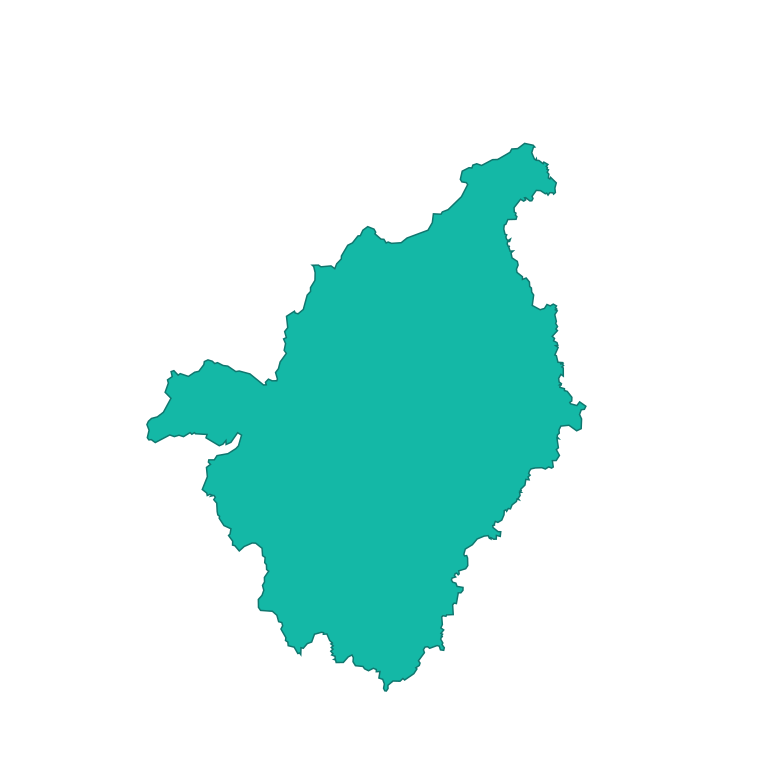 outline of Santa Catarina, Santa Catarina, Cabo Verde, rotated 206°
{"feature_id": "66160863B9089914822408", "entity_name": "Santa Catarina", "entity_type": "district", "adm_level": 2, "iso_a3": "CPV", "parent_name": "Cabo Verde", "parent_adm1": "Santa Catarina", "projection": "mercator", "projection_center": [-23.734, 15.091], "detail": "fine", "context": "isolated", "style": "filled", "palette": "teal", "viewbox_px": 768, "rotation_deg": 206, "n_neighbors": 0, "source": "geoboundaries", "source_scale": "gbopen_adm2", "svg_char_len": 6159}
<svg xmlns="http://www.w3.org/2000/svg" viewBox="0 0 768 768"><g transform="rotate(206 384 384)"><path d="M402.5,135.3L398.9,128.2L395.7,126.4L384.7,130.8L378.9,129.2L374.5,124.2L371.3,124.8L369.1,122.3L369.2,118.6L361.0,113.0L360.1,110.3L357.3,109.9L355.4,106.8L349.4,108.1L343.3,104.0L341.9,105.2L340.2,104.3L343.0,110.6L340.7,111.1L339.1,117.1L335.9,120.4L336.8,128.6L331.4,133.4L329.3,134.0L328.8,132.5L325.7,134.3L320.4,129.7L316.9,128.6L317.8,127.1L314.9,126.4L315.9,124.0L313.6,123.4L314.7,120.5L311.7,119.3L312.2,117.5L308.6,117.8L307.4,115.6L308.3,114.5L306.5,114.7L304.9,112.7L298.5,115.9L296.5,123.1L294.0,126.4L291.6,124.6L290.1,120.8L286.2,118.3L279.1,120.9L276.6,119.5L272.2,119.5L269.0,123.8L265.7,124.0L264.8,122.0L261.6,123.8L259.7,117.5L255.7,118.0L252.2,114.6L251.0,110.3L248.8,108.6L247.3,109.1L246.9,112.1L248.4,114.9L245.7,121.0L239.3,123.9L237.9,127.6L235.7,127.0L230.2,136.7L229.5,142.3L231.0,142.9L228.9,146.5L229.3,149.0L231.7,150.3L229.9,160.2L232.1,162.5L231.8,165.5L229.7,167.0L227.1,166.5L221.6,172.2L219.4,172.6L216.7,169.8L213.6,170.8L214.2,173.4L217.6,175.2L217.6,177.0L221.2,179.5L221.5,182.1L220.3,182.6L222.0,182.7L221.7,184.8L223.5,184.8L222.5,189.1L226.0,189.7L226.1,193.4L230.0,199.9L229.4,201.6L226.5,202.4L226.5,203.9L220.7,207.1L225.5,215.6L224.9,217.8L222.7,218.4L225.7,228.9L223.4,230.0L222.6,233.2L223.8,235.8L229.6,234.1L232.1,236.5L235.4,236.0L237.5,237.4L237.7,239.5L235.0,242.0L236.7,242.7L236.9,244.8L235.8,245.9L233.7,245.0L233.2,246.3L234.9,248.8L229.6,253.8L229.1,257.5L232.6,264.2L234.5,266.0L236.2,264.8L237.6,265.9L238.6,271.3L234.1,278.3L232.3,285.6L227.3,291.2L223.9,293.4L221.7,291.6L220.3,291.6L221.4,292.5L220.5,292.8L217.4,292.6L215.1,293.8L216.6,297.2L212.7,298.0L214.3,302.4L216.8,301.3L223.1,302.8L224.2,304.4L222.4,306.0L223.4,305.7L223.7,309.3L221.0,309.5L218.5,313.3L218.8,319.0L220.4,322.9L219.3,324.3L218.0,323.4L217.7,326.6L215.6,327.2L215.9,331.5L213.5,336.5L214.0,339.0L211.9,339.2L213.3,340.0L212.8,343.4L214.6,345.9L213.1,346.9L214.9,347.3L214.0,348.4L215.0,349.3L213.0,354.9L214.7,360.4L211.6,361.5L213.8,363.7L212.7,366.1L214.8,367.0L215.1,369.9L214.6,372.2L211.2,374.9L205.4,378.0L201.7,378.3L199.6,381.7L196.5,381.9L195.5,383.6L199.1,388.9L195.7,390.7L195.0,396.7L200.4,400.6L199.3,403.1L204.8,411.1L203.0,411.5L205.1,412.3L205.8,414.3L204.9,416.6L206.6,419.5L206.6,423.7L199.7,428.0L190.3,426.4L187.2,430.3L191.1,439.2L194.9,442.3L195.4,447.3L192.8,449.1L192.8,452.5L200.3,453.7L201.2,449.2L207.7,448.0L209.0,448.9L207.8,451.0L209.3,454.4L216.1,457.7L218.9,457.2L219.8,458.9L224.5,458.1L225.2,460.5L223.6,461.2L225.8,460.3L224.9,462.1L227.5,462.6L229.5,465.6L229.2,470.2L226.3,469.7L229.9,477.0L231.6,477.3L230.7,479.3L232.7,480.3L234.6,479.2L232.2,481.3L232.7,481.6L237.2,479.8L241.5,485.0L243.2,485.0L243.5,493.1L246.5,493.7L244.6,494.8L246.6,497.0L250.6,497.2L250.7,499.7L253.7,500.6L251.5,508.0L253.6,508.8L253.2,511.7L256.3,513.7L256.5,515.8L260.9,521.2L260.4,525.7L262.4,525.8L261.6,527.1L263.4,527.6L263.2,529.8L266.9,530.0L268.8,527.1L272.4,526.9L272.9,522.3L276.2,519.2L285.2,519.6L288.5,529.6L291.5,531.3L293.6,534.9L295.8,535.5L298.0,539.4L302.7,541.6L305.4,538.7L306.6,541.1L313.4,542.6L315.3,545.3L315.6,549.7L317.9,552.6L324.2,553.5L327.3,557.5L326.2,560.2L328.9,558.7L332.1,562.0L331.2,563.0L332.7,562.2L334.7,563.9L335.3,566.1L333.6,567.2L333.9,569.7L335.4,567.3L337.2,567.8L339.0,569.6L339.1,571.9L340.9,571.7L344.3,575.8L345.6,579.6L344.5,581.0L344.8,586.1L337.5,589.9L338.0,592.8L339.8,593.2L340.3,595.4L342.3,595.7L344.4,599.5L342.2,609.9L338.6,609.6L337.4,611.6L339.3,613.0L338.4,613.6L333.1,612.5L331.5,613.5L331.4,616.0L333.2,617.6L332.0,624.8L328.1,626.4L322.4,625.7L321.4,626.9L319.4,625.7L318.9,628.6L316.0,629.9L314.8,629.0L313.9,631.2L316.3,635.0L317.3,640.3L324.9,642.8L324.8,641.0L326.6,641.2L327.8,644.9L330.2,645.9L330.1,648.6L331.8,648.5L332.0,650.2L333.6,650.7L332.9,653.2L337.6,653.5L337.6,651.8L342.8,652.8L345.0,651.9L345.8,653.2L345.9,651.9L347.3,652.0L352.6,656.6L353.5,662.3L352.4,663.1L354.6,664.0L363.1,661.9L367.0,654.2L372.2,651.2L372.3,647.5L380.3,635.6L384.8,633.2L392.1,623.2L397.2,622.6L400.1,619.7L399.7,616.7L402.4,615.7L407.0,609.6L405.1,601.4L402.6,599.8L398.2,601.1L396.2,599.9L396.5,586.3L402.8,568.8L407.0,564.2L407.2,561.6L414.2,558.6L411.3,550.2L411.9,541.5L427.3,525.3L430.5,518.5L438.9,513.7L442.5,513.4L443.9,511.7L447.5,514.0L450.2,512.9L458.0,515.0L458.0,516.8L460.9,518.8L467.6,518.3L470.4,513.0L470.3,506.9L472.3,505.7L474.2,497.0L477.4,492.8L478.4,480.4L477.2,477.7L479.2,471.3L478.8,466.1L483.4,466.9L492.0,461.7L495.1,462.1L500.5,459.3L498.7,458.8L494.7,453.9L491.5,446.9L492.3,438.4L490.6,435.0L492.0,430.2L489.2,415.6L492.0,409.4L495.0,408.9L496.4,410.2L501.3,402.1L495.2,392.4L496.3,387.6L492.1,382.9L494.0,380.5L490.2,377.2L488.5,370.5L485.2,368.7L487.0,358.3L485.6,351.5L486.5,346.8L482.0,341.8L481.8,339.9L486.0,337.8L490.0,337.7L491.3,333.6L489.5,331.7L491.8,330.3L508.9,334.3L519.8,332.2L522.7,330.2L532.2,331.6L536.7,330.1L543.0,330.2L545.1,328.2L548.3,329.2L552.8,328.5L555.3,325.4L554.4,322.4L556.0,314.2L559.3,311.6L563.1,305.1L571.7,304.0L572.9,301.7L578.7,303.9L580.8,301.8L577.6,297.8L580.4,292.8L578.2,290.3L577.1,280.6L569.2,277.8L569.9,261.9L573.3,255.1L577.9,251.1L579.4,247.2L579.3,243.6L574.9,239.5L573.2,232.0L570.8,230.7L568.8,232.0L563.9,231.1L554.2,244.3L549.4,244.8L545.8,248.1L541.1,248.8L537.0,255.3L534.7,254.6L533.0,257.2L531.7,256.6L520.9,261.1L520.4,257.6L505.0,256.3L502.4,259.3L501.3,263.9L499.4,260.4L496.0,264.5L494.2,276.1L489.6,275.6L487.7,264.6L488.8,261.0L493.7,253.0L502.7,246.4L503.3,241.4L508.2,239.0L507.6,236.8L504.7,235.7L507.0,231.2L502.1,223.2L501.1,209.5L495.5,208.3L494.0,206.3L492.0,208.6L490.1,208.7L490.5,207.3L488.0,209.3L486.0,208.3L486.3,205.4L482.1,203.6L478.0,196.2L476.0,193.5L473.8,193.0L473.3,191.1L465.8,186.6L458.1,186.8L456.6,181.7L457.3,179.7L451.1,176.4L449.5,172.8L447.2,173.3L440.9,170.5L438.4,176.7L432.8,183.3L429.6,184.7L421.6,182.9L417.9,176.5L414.8,176.0L412.9,171.1L410.5,170.1L408.2,165.8L405.6,165.2L406.7,157.7L404.6,153.7L404.9,149.7L401.6,145.9L401.0,140.5L402.5,135.3Z" fill="#14b8a6" stroke="#0f766e" stroke-width="1.5"/></g></svg>